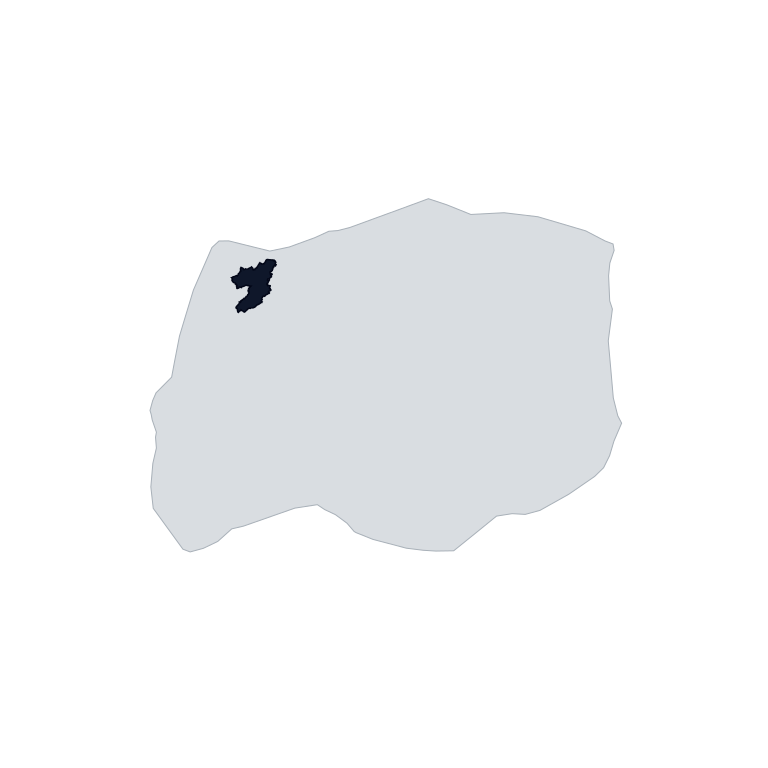 location of Mamants'o, Mafeteng, Lesotho, rotated 42°
{"feature_id": "5366337B49454872209470", "entity_name": "Mamants'o", "entity_type": "district", "adm_level": 2, "iso_a3": "LSO", "parent_name": "Lesotho", "parent_adm1": "Mafeteng", "projection": "equal_earth", "projection_center": [27.358, -29.661], "detail": "fine", "context": "in_parent", "style": "filled", "palette": "ink", "viewbox_px": 768, "rotation_deg": 42, "n_neighbors": 0, "source": "geoboundaries", "source_scale": "gbopen_adm2", "svg_char_len": 6772}
<svg xmlns="http://www.w3.org/2000/svg" viewBox="0 0 768 768"><g transform="rotate(42 384 384)"><path d="M479.7,506.9L462.8,513.1L460.5,513.6L449.7,512.2L435.3,513.6L424.0,517.0L415.2,518.3L400.8,535.9L374.7,583.6L367.8,593.5L365.8,612.2L359.7,627.0L352.3,638.5L345.1,641.3L323.4,636.7L295.7,630.8L279.6,616.5L265.3,597.6L257.7,583.9L249.8,576.4L247.1,572.1L235.8,565.8L231.5,562.5L227.8,560.2L223.2,551.1L220.5,543.1L221.6,521.0L213.6,507.9L200.0,485.3L191.3,466.9L179.5,441.7L172.3,420.1L164.8,397.7L165.7,388.1L172.9,381.5L193.9,370.3L210.2,361.6L221.9,345.6L234.6,321.7L240.8,307.4L247.0,300.9L253.8,290.7L265.7,268.3L278.9,243.4L293.0,216.6L310.8,208.8L335.1,199.9L358.6,176.4L386.5,156.7L431.5,135.2L452.5,129.8L460.5,126.7L465.6,130.7L470.9,143.0L478.5,153.3L496.1,171.2L503.6,175.5L521.8,201.9L541.3,220.0L563.7,240.9L579.0,251.2L586.8,254.1L593.1,272.6L599.6,286.3L603.2,299.2L602.4,311.7L595.1,342.2L584.5,373.5L576.2,386.4L566.0,394.6L556.0,406.9L552.1,431.9L547.4,461.3L534.4,473.4L524.3,481.4L510.4,491.1L479.7,506.9Z" fill="#d9dde1" stroke="#a8b0b8" stroke-width="1"/><path d="M238.4,404.6L238.1,404.7L237.7,404.2L237.2,404.3L236.9,403.9L236.8,403.6L236.9,402.7L236.0,402.4L235.7,402.1L235.7,400.9L235.3,400.4L235.6,399.6L235.4,399.5L235.5,399.2L235.8,398.9L236.5,398.8L236.7,398.1L236.6,397.4L236.7,396.8L236.6,396.4L237.0,395.9L237.1,395.2L237.3,395.1L237.2,394.6L238.0,393.6L238.0,393.1L237.8,392.9L237.6,392.9L237.0,393.2L236.8,392.8L236.4,392.8L236.4,392.1L236.7,391.6L237.1,390.4L237.1,389.8L236.9,389.8L236.6,389.9L236.1,389.5L235.7,389.3L235.3,389.7L234.7,389.5L234.3,388.3L234.2,387.9L233.6,387.1L233.3,387.3L233.0,387.7L232.4,387.8L231.9,388.1L231.7,388.6L231.4,388.3L230.8,388.5L230.7,388.4L230.5,387.7L230.4,387.6L229.9,388.0L229.8,387.9L229.7,387.3L230.1,386.4L229.6,385.5L229.5,384.5L229.4,384.1L228.7,384.7L228.4,384.9L227.9,384.9L227.7,384.7L227.3,383.8L227.5,383.6L227.6,383.3L228.4,383.0L228.7,382.8L228.4,382.2L228.2,381.1L228.6,380.0L228.6,379.6L228.2,379.3L227.6,379.3L227.4,379.1L227.3,378.7L227.6,377.6L227.5,377.4L226.9,377.1L226.7,377.1L226.7,377.4L226.9,377.6L226.6,378.0L226.6,378.6L226.4,378.7L225.5,377.9L224.4,377.2L224.3,376.8L224.7,376.2L224.7,375.8L225.0,375.5L224.9,375.1L225.0,374.4L224.6,373.7L224.5,373.2L224.0,372.9L224.0,372.2L223.6,371.9L223.4,371.6L223.3,371.2L223.8,370.9L223.6,370.4L223.6,370.2L223.3,370.0L223.1,369.7L223.1,369.4L223.2,369.1L223.8,368.7L224.3,368.8L224.3,368.6L223.9,367.5L223.7,367.6L223.2,367.6L223.0,368.0L222.8,367.9L222.6,367.5L222.3,366.2L222.0,366.3L221.6,365.7L221.2,365.5L220.9,365.4L220.3,365.6L220.2,366.2L220.0,366.3L219.8,366.1L219.6,365.5L219.3,365.5L219.1,366.0L218.3,366.2L218.3,366.4L218.2,367.0L217.7,367.0L217.3,367.1L216.0,368.1L215.6,368.5L215.3,368.6L214.0,369.5L213.7,369.9L213.6,370.3L213.5,370.5L213.7,371.6L214.2,373.3L214.4,375.1L213.9,375.1L213.6,376.1L213.3,376.5L213.0,376.4L212.7,376.6L212.4,376.5L212.2,376.8L211.9,376.7L211.4,376.9L211.2,376.9L210.9,377.1L210.6,377.0L210.6,377.4L210.9,377.9L210.7,378.0L210.9,378.5L211.0,379.2L211.0,379.7L211.3,380.7L211.3,381.1L211.5,381.4L211.4,381.8L211.6,382.0L211.9,382.8L211.7,383.0L211.7,383.3L211.6,383.6L211.4,383.5L211.4,384.1L211.1,384.3L211.4,384.7L211.5,385.3L211.2,385.3L211.1,385.7L210.9,385.9L210.9,386.0L210.7,385.9L210.6,386.1L210.6,386.3L210.4,386.3L210.3,386.5L210.0,386.8L209.8,386.7L209.5,386.1L208.7,385.7L208.4,385.8L207.2,385.6L207.1,386.5L206.9,387.0L206.3,388.1L206.1,389.0L205.7,390.0L204.4,391.1L203.9,391.2L203.9,391.9L203.4,392.8L203.0,392.9L202.8,392.8L202.7,392.5L201.6,392.4L201.2,392.6L200.2,392.8L199.7,393.1L199.9,393.5L200.0,394.1L201.0,395.2L201.2,395.4L201.4,395.4L201.5,395.8L202.0,396.0L201.9,396.2L202.0,397.1L202.0,397.3L201.9,397.5L202.3,398.4L202.2,398.7L202.2,398.9L202.1,399.0L202.0,399.6L202.3,399.9L202.6,400.8L202.6,401.5L202.7,401.8L202.0,401.9L201.3,403.3L201.0,404.3L200.3,405.0L200.1,405.4L199.9,406.1L199.9,406.7L199.8,406.8L200.4,406.8L200.5,407.0L200.4,407.1L200.5,407.3L200.7,407.2L200.9,407.4L201.2,407.7L201.3,408.0L201.5,407.8L201.7,408.1L201.6,408.3L201.8,408.6L202.1,408.9L202.3,408.9L202.8,409.0L203.0,409.0L203.4,409.2L204.0,409.2L204.3,409.2L205.0,408.9L205.5,408.6L205.9,408.5L206.0,408.6L206.3,408.6L206.5,409.0L206.8,408.8L207.0,409.1L207.3,409.1L207.4,408.9L207.7,408.8L207.9,408.8L208.1,409.1L208.3,409.0L208.6,409.3L208.8,409.7L209.1,409.5L209.2,410.1L209.6,410.2L209.9,410.5L210.2,410.3L210.3,410.4L210.2,410.9L210.5,411.0L210.6,411.3L211.0,411.3L211.3,410.6L211.8,410.0L211.7,409.9L211.6,408.8L211.8,408.6L212.1,408.4L212.8,408.0L213.4,407.9L213.6,407.7L213.2,407.0L213.3,406.7L214.1,405.7L214.6,404.9L214.6,404.6L214.7,404.3L215.1,403.5L215.1,403.3L215.3,403.1L215.5,402.7L215.9,402.4L216.5,402.4L217.0,401.8L217.4,401.8L217.4,401.6L217.8,401.5L218.4,400.9L218.8,400.8L219.1,400.9L219.6,400.4L219.6,401.0L219.4,401.1L219.5,401.4L219.4,401.6L219.4,401.9L219.6,402.2L219.5,402.5L219.5,402.8L219.6,403.1L219.4,403.5L220.1,403.8L220.3,403.7L220.4,403.8L220.5,404.1L220.6,404.4L220.3,405.1L220.5,405.1L220.9,405.8L221.3,405.8L221.4,406.0L221.7,405.7L221.8,405.8L222.1,405.8L222.3,406.0L222.4,406.4L222.8,406.5L222.9,406.8L222.8,407.1L223.0,407.4L223.1,407.8L223.2,408.2L223.0,408.4L223.0,408.9L223.1,409.0L223.2,409.3L223.3,409.3L223.4,409.7L223.5,409.7L223.6,409.9L223.6,410.4L223.0,411.2L223.2,411.9L223.3,413.2L223.1,413.4L223.1,413.5L223.0,413.9L223.1,414.0L222.8,414.0L222.7,414.1L222.9,414.3L222.6,415.0L222.7,415.3L222.6,415.5L222.4,416.1L222.4,416.4L222.5,416.4L222.6,416.6L222.2,416.9L222.2,417.4L222.1,417.6L222.3,418.0L222.2,418.1L222.4,418.3L222.2,418.4L222.4,418.6L222.3,419.2L222.4,419.3L222.2,419.4L222.0,419.2L221.9,419.5L222.1,419.7L221.9,419.8L222.1,419.9L222.1,420.5L222.4,420.6L222.6,421.7L222.5,422.2L222.6,422.4L222.5,422.6L222.5,422.8L222.7,423.1L222.5,424.6L222.6,425.6L222.9,425.9L223.0,426.4L223.8,426.6L224.1,426.2L224.6,426.2L225.3,426.7L226.0,427.5L227.2,428.3L227.9,428.2L227.9,427.7L227.7,427.1L227.7,426.8L228.0,426.4L228.0,426.1L228.2,425.5L228.0,425.0L228.0,424.6L227.8,423.9L228.1,424.3L228.5,424.5L229.2,424.6L229.8,424.3L230.3,424.2L231.1,424.2L231.5,424.0L232.0,424.1L232.3,423.7L232.2,423.4L232.5,422.7L232.3,422.0L232.4,421.9L232.4,421.3L232.6,420.6L232.5,420.4L232.7,420.2L232.6,419.4L232.7,418.9L233.0,418.1L233.4,417.6L233.6,417.6L233.8,417.3L234.1,417.2L234.2,416.6L234.4,416.2L234.8,415.8L235.1,415.5L235.5,415.3L235.7,415.0L235.8,414.9L236.0,414.5L236.0,414.2L236.3,413.9L236.3,413.7L236.5,413.3L236.5,413.1L236.6,412.9L236.5,412.6L236.7,412.3L236.6,410.8L236.5,410.5L236.6,410.4L236.7,410.0L237.0,409.9L237.0,409.5L237.3,409.3L237.3,408.6L237.8,408.0L238.0,406.7L237.9,406.2L238.0,405.9L238.4,405.6L238.5,405.3L238.6,405.2L238.4,405.0L238.4,404.6Z" fill="#0f172a" stroke="#020617" stroke-width="1.5"/></g></svg>